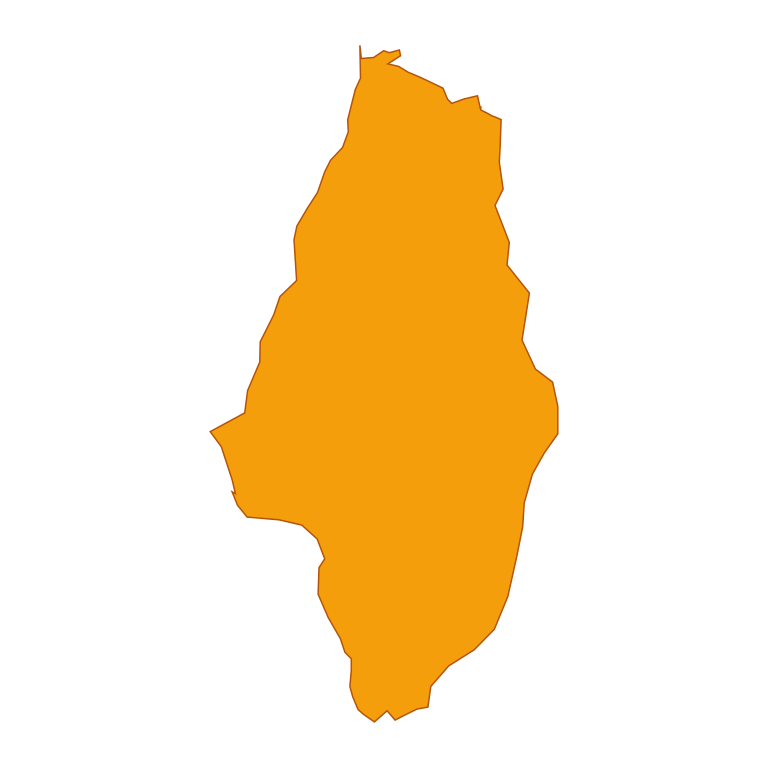 Lageia, Larnaca, Cyprus
{"feature_id": "46923920B26472035314494", "entity_name": "Lageia", "entity_type": "district", "adm_level": 2, "iso_a3": "CYP", "parent_name": "Cyprus", "parent_adm1": "Larnaca", "projection": "natural_earth1", "projection_center": [33.242, 34.839], "detail": "fine", "context": "isolated", "style": "filled", "palette": "amber", "viewbox_px": 768, "rotation_deg": 0, "n_neighbors": 0, "source": "geoboundaries", "source_scale": "gbopen_adm2", "svg_char_len": 1241}
<svg xmlns="http://www.w3.org/2000/svg" viewBox="0 0 768 768"><path d="M359.9,46.1L360.5,78.2L355.3,89.5L347.7,119.8L348.3,131.8L342.6,147.4L330.5,160.3L324.6,172.1L317.6,192.3L307.7,207.7L296.9,226.0L294.0,239.7L296.6,280.5L280.0,296.5L273.7,314.9L260.2,341.9L259.8,362.0L247.6,390.6L244.7,412.9L210.2,431.6L221.3,446.7L232.2,480.0L235.4,493.6L232.1,491.8L237.6,505.4L247.2,517.1L278.9,519.8L301.8,525.1L317.2,539.0L324.7,558.8L319.0,567.7L318.1,594.2L328.2,617.5L340.4,638.7L344.9,652.2L351.3,658.8L351.3,670.3L349.9,686.6L352.7,696.7L358.1,709.6L363.7,714.5L374.4,721.9L387.1,710.8L395.1,720.1L402.3,716.3L416.9,709.1L427.9,707.1L430.8,686.4L448.8,665.8L474.2,649.8L494.3,629.3L507.8,596.6L516.8,556.3L522.7,526.6L524.2,503.0L532.4,474.1L544.4,452.8L557.8,433.8L557.8,406.4L552.6,382.1L535.4,369.1L533.5,364.9L522.0,340.2L529.4,293.1L507.0,265.0L509.3,242.5L495.0,205.5L503.1,189.0L499.3,162.2L500.2,145.2L501.1,119.6L496.3,117.5L491.8,115.8L487.1,113.1L480.8,110.0L480.8,107.4L480.2,107.9L477.5,95.8L464.2,98.9L451.7,103.4L447.5,99.1L443.0,88.2L420.4,77.4L408.3,72.3L398.6,66.4L387.8,63.9L400.5,55.8L399.4,50.0L389.2,52.7L383.7,50.7L373.6,57.5L361.3,58.5L360.0,46.1L359.9,46.1Z" fill="#f59e0b" stroke="#b45309" stroke-width="1.5"/></svg>